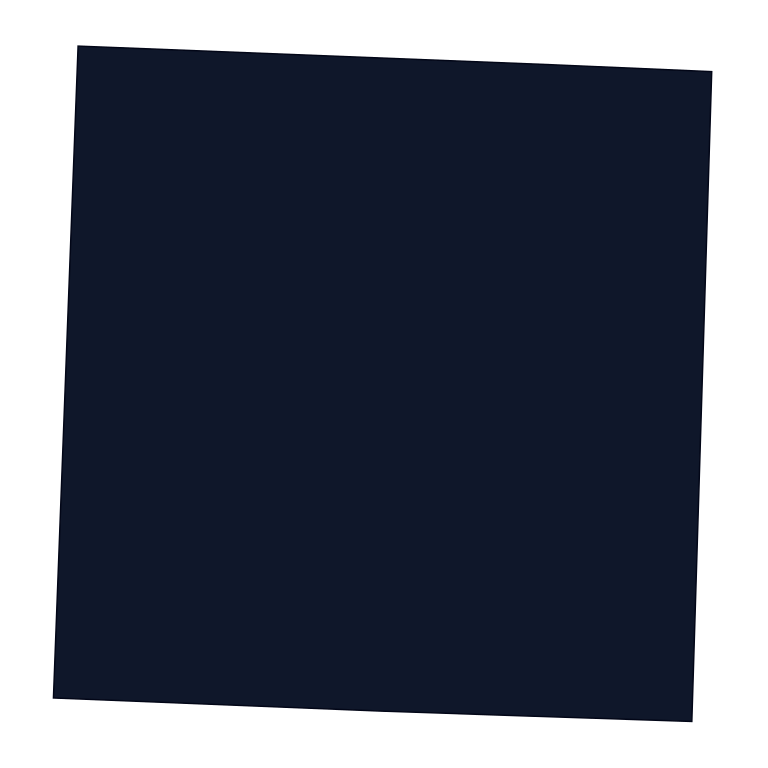 outline of Osceola, Michigan, United States of America, rotated 182°
{"feature_id": "52423323B21410531256975", "entity_name": "Osceola", "entity_type": "district", "adm_level": 2, "iso_a3": "USA", "parent_name": "United States of America", "parent_adm1": "Michigan", "projection": "mercator", "projection_center": [-85.386, 43.989], "detail": "fine", "context": "isolated", "style": "filled", "palette": "ink", "viewbox_px": 768, "rotation_deg": 182, "n_neighbors": 0, "source": "geoboundaries", "source_scale": "gbopen_adm2", "svg_char_len": 259}
<svg xmlns="http://www.w3.org/2000/svg" viewBox="0 0 768 768"><g transform="rotate(182 384 384)"><path d="M64.6,57.5L67.4,707.6L227.2,708.9L701.5,711.0L703.4,58.7L372.2,57.0L225.4,57.2L64.6,57.5Z" fill="#0f172a" stroke="#020617" stroke-width="1.5"/></g></svg>